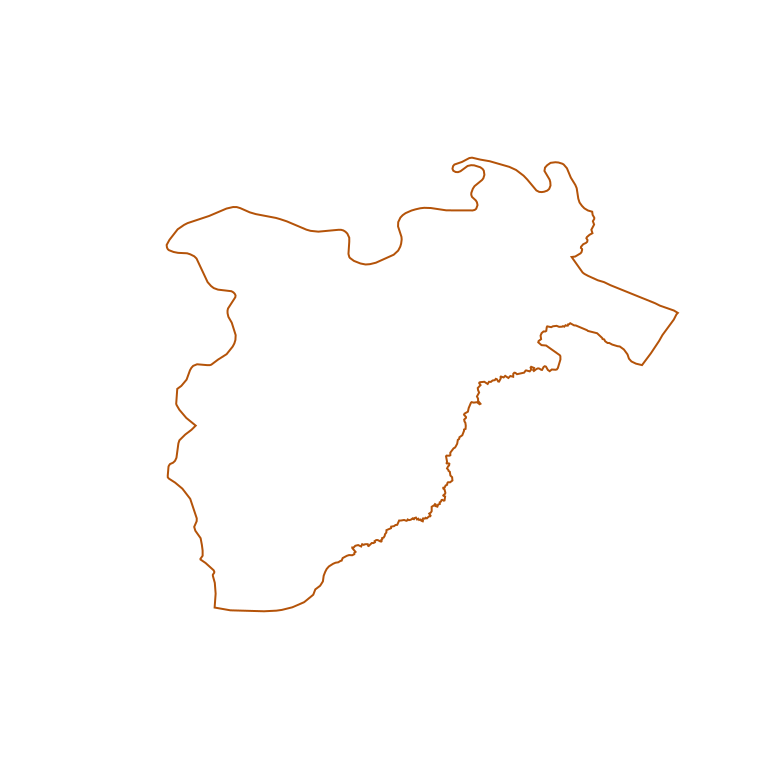 Kho Wang, Yasothon, Thailand, rotated 290°
{"feature_id": "78962969B41182893355114", "entity_name": "Kho Wang", "entity_type": "district", "adm_level": 2, "iso_a3": "THA", "parent_name": "Thailand", "parent_adm1": "Yasothon", "projection": "natural_earth1", "projection_center": [104.347, 15.375], "detail": "fine", "context": "isolated", "style": "outline", "palette": "amber", "viewbox_px": 768, "rotation_deg": 290, "n_neighbors": 0, "source": "geoboundaries", "source_scale": "gbopen_adm2", "svg_char_len": 6166}
<svg xmlns="http://www.w3.org/2000/svg" viewBox="0 0 768 768"><g transform="rotate(290 384 384)"><path d="M551.3,635.8L552.2,631.3L552.0,616.5L552.6,611.3L554.3,563.0L555.0,555.9L554.6,549.5L555.4,538.9L556.0,534.7L556.7,532.5L567.5,516.9L569.2,520.1L574.0,524.0L575.4,524.5L577.9,524.3L578.7,523.8L579.2,522.5L580.3,522.2L583.5,523.4L585.6,525.5L587.1,526.3L588.9,526.0L590.2,524.3L591.4,524.4L594.5,526.1L597.0,528.3L599.9,526.1L605.7,526.9L608.4,524.6L611.1,525.1L612.2,524.7L614.3,522.2L617.1,520.7L616.8,516.3L617.6,512.2L619.1,509.1L621.4,505.7L624.6,503.2L633.9,498.1L636.5,495.7L641.8,489.0L649.3,482.1L651.7,477.8L652.0,476.3L651.8,472.2L651.0,469.2L648.8,464.9L645.4,462.5L642.4,461.3L639.1,461.9L632.7,469.7L630.6,471.2L627.4,472.6L623.8,472.5L621.6,471.3L619.5,468.8L618.3,466.6L617.6,464.1L618.0,461.0L625.2,448.6L627.5,443.9L630.3,434.9L630.9,427.5L629.5,407.2L627.8,397.7L626.8,389.3L625.5,386.9L619.4,381.4L614.3,375.1L612.4,374.4L609.7,374.7L608.1,376.2L607.7,378.8L608.4,381.1L610.1,383.1L617.5,388.0L619.4,391.0L620.3,393.9L620.6,400.4L619.8,403.1L618.6,404.8L614.9,406.8L611.3,407.0L609.3,406.4L600.9,401.4L597.9,400.7L593.4,400.7L591.6,401.3L589.9,402.7L587.9,407.5L586.5,409.2L584.1,410.7L580.2,410.7L578.6,409.7L577.4,407.9L568.5,383.2L565.4,367.9L563.3,361.5L561.5,357.9L558.9,353.9L556.4,350.5L551.9,345.8L549.0,343.8L546.0,342.5L541.0,342.0L536.9,343.3L528.2,350.1L525.8,351.2L521.7,352.1L518.6,352.3L514.2,351.7L508.8,348.9L495.2,334.9L491.8,329.8L490.0,325.8L489.2,320.6L489.4,313.6L490.8,308.9L491.4,308.0L494.1,306.1L505.8,302.7L509.6,301.3L512.8,298.1L513.9,295.7L514.4,293.3L514.2,290.8L513.3,288.4L504.7,270.2L502.8,262.6L502.5,258.3L503.6,237.0L503.4,230.1L503.1,225.7L499.8,205.4L499.4,199.1L500.1,188.8L499.9,185.2L498.7,181.7L495.0,176.0L482.1,162.2L468.0,144.4L465.1,141.7L458.8,137.2L446.1,133.1L440.3,132.2L438.0,133.4L436.7,134.8L436.2,136.1L436.1,141.1L436.8,145.6L439.5,154.3L439.6,157.7L439.1,162.0L437.8,164.9L419.4,183.4L416.9,188.0L415.9,191.2L415.9,195.7L419.0,208.9L418.6,211.1L417.8,212.8L416.5,214.2L414.7,214.6L401.6,211.6L399.3,211.9L397.0,212.8L393.9,214.8L389.5,220.0L379.2,227.9L374.6,229.3L370.9,229.5L367.4,229.0L358.2,225.9L350.3,219.8L343.1,215.1L342.1,213.8L341.2,211.2L338.6,201.6L335.8,198.5L333.4,197.5L330.6,197.0L320.6,197.0L312.9,194.2L308.7,191.4L294.3,195.5L293.2,196.4L289.8,200.5L284.5,209.8L280.5,221.3L275.2,218.8L268.5,214.5L261.1,211.0L257.9,211.1L243.7,214.2L240.3,213.9L237.9,212.7L235.6,210.3L233.7,209.8L232.5,209.8L223.7,212.2L222.3,212.8L221.5,214.3L219.9,221.4L216.7,230.3L209.8,241.2L193.7,254.0L191.0,254.9L184.8,254.5L181.6,256.9L176.4,264.4L170.5,267.9L165.5,270.5L160.6,272.3L156.9,271.3L156.3,271.6L154.8,277.5L150.7,287.6L149.6,288.7L148.6,289.0L146.3,288.4L145.2,288.8L139.3,293.0L129.4,297.5L116.0,301.3L118.8,317.1L129.4,349.0L134.2,360.4L136.8,365.3L142.8,374.2L151.7,383.6L161.8,389.6L167.5,389.7L172.6,393.0L177.6,394.1L183.2,392.9L187.4,393.0L190.6,393.4L193.7,394.6L197.6,397.6L199.5,399.6L200.8,402.0L202.9,403.6L203.5,404.6L206.3,404.7L209.9,407.9L211.3,409.7L212.2,412.7L213.9,414.3L215.2,413.9L216.5,414.7L218.9,410.4L219.5,410.1L220.0,411.4L222.2,412.4L223.8,414.8L223.5,418.1L226.0,418.3L225.9,420.0L226.9,420.9L227.9,423.5L226.5,424.5L226.5,425.0L230.4,426.9L230.9,428.5L232.2,429.6L233.1,428.9L234.7,430.1L235.2,431.5L234.8,434.5L235.1,435.4L235.7,435.5L236.5,434.8L237.7,435.4L238.5,434.9L239.6,436.2L241.6,436.6L243.1,436.3L245.2,437.0L247.5,436.3L250.9,439.9L252.4,439.5L253.9,442.1L255.4,443.0L256.2,444.6L260.9,444.9L261.5,446.6L263.1,449.4L263.1,451.8L263.6,452.4L264.8,452.6L264.6,454.0L265.6,455.6L267.7,457.0L267.7,457.5L267.1,457.8L267.2,458.4L268.5,458.6L269.4,459.7L268.0,461.4L269.1,462.3L268.2,463.5L269.1,464.6L268.3,465.7L268.2,467.4L268.9,467.4L269.9,466.5L271.1,466.7L271.4,468.4L272.5,468.8L272.4,470.2L274.9,471.5L275.5,472.7L276.2,472.8L277.7,470.8L279.3,472.0L280.8,472.3L284.9,470.8L287.4,472.7L288.6,473.0L288.4,473.9L286.9,474.1L287.0,476.1L289.2,476.1L290.4,477.5L291.8,476.8L293.0,477.7L294.7,477.8L295.1,478.4L294.8,480.1L295.3,480.7L299.2,479.9L299.3,478.1L299.6,477.8L301.9,479.0L302.9,478.8L305.5,477.0L306.0,475.5L306.8,475.2L307.5,476.4L309.7,476.6L310.9,477.8L312.4,477.4L313.6,477.8L314.2,479.7L316.7,481.3L319.7,479.9L320.7,477.7L324.0,475.9L324.5,474.3L325.3,473.8L326.2,472.1L328.6,472.4L329.7,473.0L331.4,472.7L331.6,472.1L330.8,470.3L331.0,469.9L332.6,469.8L337.3,467.0L338.1,467.3L339.0,470.0L339.7,470.7L342.2,469.8L347.4,471.4L348.3,472.3L349.5,472.7L352.9,473.2L356.7,472.5L358.1,473.4L359.8,473.1L362.6,475.1L367.4,475.2L368.6,474.8L369.7,476.0L372.8,475.1L375.4,473.7L376.3,472.5L378.0,471.5L380.2,472.6L381.0,472.4L382.5,469.7L383.7,469.8L386.7,472.3L390.4,471.8L396.1,472.1L396.9,472.5L397.2,474.7L398.7,477.6L397.7,480.8L398.4,481.4L400.3,478.2L402.4,477.4L404.1,475.6L408.5,476.3L410.5,474.4L412.3,473.5L416.0,475.1L417.3,473.2L417.9,473.1L418.5,473.6L420.4,477.5L419.5,481.4L422.0,481.9L422.5,483.7L424.4,484.8L425.5,486.8L427.1,487.3L427.1,488.4L425.4,490.5L425.6,491.3L429.2,491.8L430.5,491.1L431.0,491.3L431.1,494.2L433.1,495.1L432.2,498.8L434.7,500.0L435.0,502.9L437.9,502.0L439.2,502.6L439.4,503.7L438.7,505.6L442.6,511.8L445.1,512.5L445.4,513.0L445.7,516.6L447.9,517.4L449.7,516.1L450.5,516.4L450.4,519.5L448.0,519.5L447.5,520.4L450.2,522.1L451.4,523.4L451.6,524.7L451.1,526.9L451.3,527.7L454.7,528.2L455.7,529.0L455.7,530.3L453.3,533.1L452.7,535.3L455.0,536.7L456.1,540.4L456.8,541.4L458.5,541.9L467.4,541.4L470.5,540.2L471.2,539.3L475.6,523.2L474.4,518.7L475.9,514.7L477.3,514.6L479.9,516.3L483.0,514.6L485.7,514.7L487.9,515.9L488.6,517.7L489.4,518.3L493.1,517.5L494.0,517.7L494.6,521.7L496.0,523.0L497.7,526.3L497.6,529.0L498.8,531.8L499.6,532.4L499.5,533.8L501.3,534.5L501.3,535.9L501.8,536.8L503.0,536.6L503.5,537.6L504.8,538.2L504.1,542.6L504.6,544.2L504.0,556.3L503.6,557.5L504.6,566.9L501.8,573.4L501.0,574.0L501.2,575.7L499.8,577.2L499.0,580.1L499.6,581.6L499.1,584.9L499.4,590.6L499.9,592.7L498.5,597.6L495.1,602.7L491.6,605.5L489.8,608.8L489.3,613.8L490.0,620.0L504.2,624.3L518.6,627.8L525.2,628.9L543.7,634.3L549.5,635.0L551.3,635.8Z" fill="none" stroke="#b45309" stroke-width="2"/></g></svg>